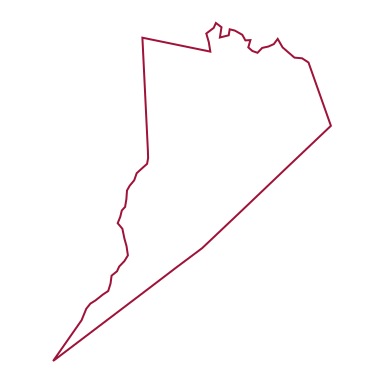 Barcelona, Rio Grande do Norte, Brazil
{"feature_id": "56859067B2064613695098", "entity_name": "Barcelona", "entity_type": "district", "adm_level": 2, "iso_a3": "BRA", "parent_name": "Brazil", "parent_adm1": "Rio Grande do Norte", "projection": "equal_earth", "projection_center": [-35.938, -5.981], "detail": "fine", "context": "isolated", "style": "outline", "palette": "rose", "viewbox_px": 384, "rotation_deg": 0, "n_neighbors": 0, "source": "geoboundaries", "source_scale": "gbopen_adm2", "svg_char_len": 839}
<svg xmlns="http://www.w3.org/2000/svg" viewBox="0 0 384 384"><path d="M308.5,62.5L302.1,58.3L294.4,57.6L282.6,47.4L277.7,38.9L273.8,44.1L268.5,46.5L262.2,47.9L257.5,52.8L252.4,51.0L248.3,47.4L250.4,40.1L245.4,40.4L242.3,34.8L234.9,30.6L229.7,29.3L228.7,35.3L219.9,37.5L221.5,27.2L215.9,23.0L213.7,27.9L206.3,33.5L208.8,42.2L210.3,51.6L174.7,44.3L142.4,37.7L147.9,150.8L148.1,158.0L147.1,163.8L141.5,168.8L136.7,173.2L134.2,180.3L129.7,185.7L127.0,190.5L126.4,199.0L125.1,206.9L121.8,210.5L120.3,216.7L117.7,223.2L122.4,228.8L124.4,238.5L126.5,246.0L127.9,255.4L124.4,261.1L119.2,266.5L117.0,271.3L111.6,275.6L110.5,283.7L108.2,291.0L102.8,294.6L95.5,300.4L90.4,303.6L86.3,308.7L81.6,320.2L53.1,361.0L140.7,294.6L176.0,267.7L202.2,248.1L240.0,212.3L287.5,167.0L330.9,125.8L308.5,62.5Z" fill="none" stroke="#9f1239" stroke-width="2"/></svg>